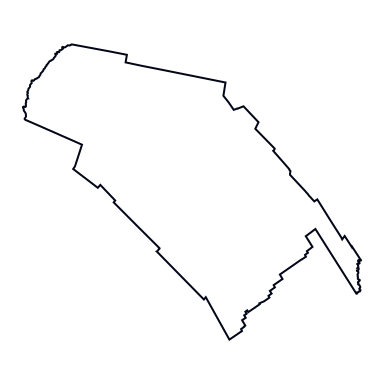 outline of Exaltación de la Cruz, Buenos Aires, Argentina
{"feature_id": "61730980B21567181905347", "entity_name": "Exaltación de la Cruz", "entity_type": "district", "adm_level": 2, "iso_a3": "ARG", "parent_name": "Argentina", "parent_adm1": "Buenos Aires", "projection": "equal_earth", "projection_center": [-59.143, -34.313], "detail": "fine", "context": "isolated", "style": "outline", "palette": "ink", "viewbox_px": 384, "rotation_deg": 0, "n_neighbors": 0, "source": "geoboundaries", "source_scale": "gbopen_adm2", "svg_char_len": 5211}
<svg xmlns="http://www.w3.org/2000/svg" viewBox="0 0 384 384"><path d="M26.0,120.1L38.9,125.7L82.0,144.7L79.0,154.0L75.0,166.3L73.2,169.0L97.8,187.8L100.3,184.9L115.2,200.5L113.7,202.4L137.4,226.2L159.6,248.3L159.6,248.5L159.4,248.8L159.2,249.0L158.9,249.1L158.7,249.2L158.6,249.5L158.5,249.8L158.3,250.0L158.0,250.3L157.9,250.5L157.7,250.8L157.5,251.0L157.3,251.1L157.1,251.4L156.8,251.5L203.9,299.5L205.8,297.2L229.4,339.6L242.0,331.0L241.1,329.1L244.2,326.8L244.1,326.5L245.3,325.6L242.1,320.2L245.7,317.8L244.2,315.3L246.6,313.7L245.4,311.7L247.2,310.4L248.3,312.1L259.5,304.4L259.8,304.1L259.6,303.6L259.4,303.3L264.1,301.3L269.4,297.6L268.5,295.8L271.6,293.6L269.9,290.9L274.9,287.4L273.7,285.1L282.5,279.0L279.9,274.5L301.6,259.4L301.9,259.4L305.9,256.7L305.0,254.9L307.9,252.8L306.9,251.2L312.5,246.9L305.8,236.2L315.4,229.0L356.4,293.7L356.6,293.7L356.9,293.7L357.1,293.4L357.1,293.2L356.9,292.7L357.0,292.4L357.7,292.4L358.0,292.4L358.4,292.0L358.6,291.7L359.0,291.4L359.4,291.5L359.7,291.5L359.9,291.4L360.1,291.1L360.2,290.9L360.4,290.5L360.4,290.2L360.4,289.9L360.1,289.6L359.7,289.4L359.5,289.2L359.3,288.9L359.3,288.6L359.4,288.4L359.7,288.1L360.0,287.8L360.2,287.5L360.2,287.3L360.2,286.8L360.1,286.4L359.9,286.0L359.7,285.6L359.6,285.4L359.2,285.0L358.9,284.8L358.6,284.7L358.3,284.5L358.2,284.3L358.1,284.1L358.2,283.9L358.5,283.4L358.4,283.1L358.2,282.9L357.9,282.7L357.9,282.2L358.0,282.0L358.5,281.7L359.0,281.2L359.5,280.8L359.7,280.6L359.8,280.4L359.8,280.1L359.5,279.8L359.2,279.6L358.8,279.5L358.5,279.5L358.3,279.4L358.0,279.1L357.9,279.0L357.8,278.5L357.9,278.0L357.9,277.8L358.0,277.3L357.9,276.8L357.7,276.5L357.6,276.2L357.6,275.9L357.7,275.6L357.8,275.2L357.7,275.0L357.6,274.9L357.5,274.5L357.6,274.1L358.0,273.7L358.2,273.4L358.3,272.9L358.3,272.6L358.4,272.2L358.3,271.9L358.0,271.7L357.7,271.4L357.5,271.2L357.1,271.0L356.9,270.8L356.9,270.4L357.1,270.3L357.5,270.2L357.9,270.2L358.1,270.2L358.4,269.9L358.5,269.6L358.6,269.3L358.7,269.0L358.7,268.7L358.6,268.3L358.1,268.0L357.8,267.9L357.5,267.9L357.7,267.6L357.9,267.5L358.2,267.4L358.3,266.9L358.3,266.7L358.3,266.4L358.1,266.1L358.0,265.8L358.1,265.3L358.1,265.1L357.9,264.8L357.3,264.3L357.2,264.0L357.3,263.8L357.5,263.6L357.8,263.5L358.0,263.4L358.6,263.5L358.8,263.5L359.1,263.6L359.4,263.5L359.6,263.2L359.4,262.5L359.1,262.0L358.8,261.7L358.5,261.5L358.2,261.3L358.0,260.9L358.1,260.5L358.5,260.2L358.8,260.1L359.2,259.7L359.6,259.6L359.9,259.7L360.0,259.8L360.3,260.6L360.8,260.6L361.0,260.4L360.8,259.8L360.6,259.6L360.5,259.4L360.2,259.1L359.8,258.7L359.7,258.6L359.6,258.2L352.1,246.7L351.9,247.2L344.7,236.0L342.2,239.4L341.0,237.0L330.3,220.2L317.3,199.4L314.3,201.4L308.7,195.4L308.2,194.4L306.1,192.2L305.6,191.5L290.0,174.8L290.0,173.8L290.2,173.0L290.2,172.7L290.2,172.4L290.2,172.2L290.3,171.9L290.4,171.6L290.4,171.0L290.2,170.9L290.1,170.7L289.9,170.6L289.4,170.0L289.3,169.7L289.4,169.3L273.2,150.8L273.4,150.6L273.6,150.4L273.8,150.3L273.9,150.2L274.1,150.0L274.2,149.9L274.3,149.7L274.5,149.3L274.7,148.9L274.7,148.6L255.3,128.8L258.5,122.2L243.5,106.3L237.5,108.7L237.2,108.5L233.8,109.9L228.5,102.2L223.4,95.8L225.5,82.5L164.0,70.2L141.7,65.8L125.6,62.4L126.9,54.8L109.0,51.3L71.8,44.4L71.7,44.5L71.2,44.6L70.9,44.9L70.6,45.2L70.4,45.2L70.2,45.2L69.9,45.3L69.6,45.4L69.3,45.5L69.0,45.4L68.3,45.4L67.8,45.3L67.6,45.5L67.3,45.7L67.1,45.9L66.9,46.1L66.6,46.2L66.4,46.3L66.1,46.5L65.8,46.8L65.7,47.0L65.4,47.1L64.9,47.3L64.4,47.4L64.1,47.4L63.3,47.1L62.7,46.9L62.3,47.1L62.2,47.5L62.3,48.0L62.9,48.7L62.4,49.2L61.7,49.5L61.3,49.9L60.7,50.2L60.1,50.1L59.8,50.2L59.5,50.4L59.5,50.7L59.4,51.1L59.4,51.4L59.3,51.7L59.2,52.0L58.7,52.2L58.4,52.1L57.9,52.0L57.6,52.0L57.2,52.0L57.0,52.3L56.9,52.6L56.9,52.8L57.1,53.3L57.0,53.5L56.9,53.8L56.6,53.7L56.1,53.6L55.7,53.6L55.4,53.7L55.2,53.9L55.6,54.9L55.8,55.5L55.3,56.3L54.5,57.3L53.8,58.1L53.5,58.8L53.0,59.4L51.1,60.4L50.7,60.9L49.9,61.1L49.2,61.6L49.0,62.1L48.6,62.7L48.2,63.2L47.8,63.7L47.3,64.4L46.7,64.8L46.7,65.1L46.6,65.6L46.1,66.2L45.4,66.9L45.1,67.7L44.6,68.6L44.0,68.9L43.6,69.3L43.4,70.0L43.2,70.8L42.6,71.4L42.1,71.9L41.7,72.5L41.1,73.0L40.7,73.3L40.6,73.8L40.4,74.5L40.3,75.0L39.9,75.4L39.5,75.9L39.2,76.5L38.9,77.2L38.4,77.5L37.8,77.7L37.2,78.1L36.7,78.6L36.1,78.7L35.6,79.1L35.1,79.1L34.6,79.4L34.2,80.1L33.7,80.7L33.4,80.8L33.0,80.7L32.5,80.4L32.2,80.3L31.7,80.5L31.4,81.1L31.5,81.7L31.6,82.5L31.7,83.1L31.4,83.6L30.9,84.0L30.4,84.4L30.1,85.1L30.0,85.7L30.1,86.4L29.9,87.0L29.4,87.7L28.9,88.2L28.4,88.9L28.4,89.3L28.2,90.3L27.9,91.0L27.5,91.4L27.3,92.0L27.7,92.5L27.9,93.1L27.5,93.7L27.3,94.2L27.3,95.0L27.8,95.6L27.8,96.1L27.7,96.8L27.7,97.4L28.1,98.4L27.5,98.4L27.1,99.0L26.6,99.6L26.2,100.1L26.0,100.9L26.1,101.5L26.2,102.4L25.8,103.1L25.7,103.6L25.9,104.2L25.8,105.1L25.9,105.8L25.9,106.1L25.9,106.5L25.6,106.8L25.4,106.9L25.0,107.0L24.5,106.8L24.0,106.6L23.6,106.6L23.1,106.9L23.0,107.6L23.1,108.0L23.5,108.5L23.7,109.0L23.8,109.9L23.8,110.5L24.1,111.0L24.5,111.5L24.9,112.1L25.2,112.7L25.6,113.1L25.8,113.8L25.9,114.6L25.9,115.2L26.0,115.6L26.0,116.1L25.9,116.5L25.8,116.8L25.7,117.2L25.2,117.8L24.9,118.3L24.6,118.9L24.8,119.2L25.1,119.5L25.4,119.9L25.6,120.0L25.8,120.1L26.0,120.1Z" fill="none" stroke="#020617" stroke-width="2"/></svg>